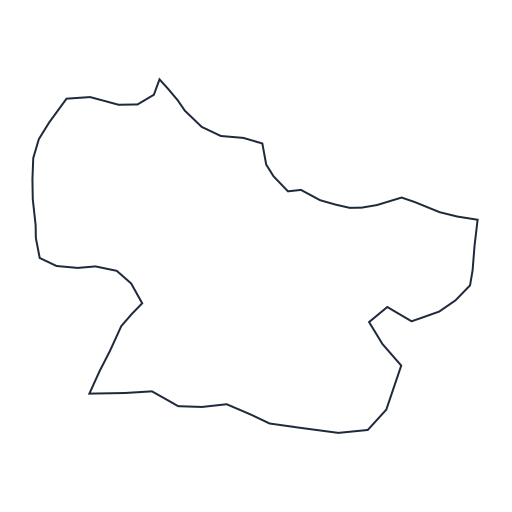 outline of Kiados, Cyprus, rotated 89°
{"feature_id": "46923920B15009716922247", "entity_name": "Kiados", "entity_type": "district", "adm_level": 2, "iso_a3": "CYP", "parent_name": "Cyprus", "parent_adm1": "", "projection": "mercator", "projection_center": [33.604, 35.258], "detail": "fine", "context": "isolated", "style": "outline", "palette": "slate", "viewbox_px": 512, "rotation_deg": 89, "n_neighbors": 0, "source": "geoboundaries", "source_scale": "gbopen_adm2", "svg_char_len": 965}
<svg xmlns="http://www.w3.org/2000/svg" viewBox="0 0 512 512"><g transform="rotate(89 256 256)"><path d="M289.1,42.5L274.2,39.7L249.5,37.3L223.6,33.8L220.1,53.9L215.4,71.6L204.8,96.4L200.1,109.4L207.2,134.3L209.5,149.6L209.5,161.4L206.0,175.6L201.3,191.0L190.7,209.9L191.9,222.9L176.6,237.1L164.8,244.2L143.6,247.7L137.7,266.6L135.4,289.1L126.0,308.0L109.5,324.6L98.9,331.6L87.2,341.1L77.7,349.4L93.0,355.3L102.4,371.8L102.4,390.7L94.2,419.1L95.4,442.7L118.9,460.5L135.4,471.1L154.2,477.0L175.4,478.2L195.4,478.2L221.3,475.8L234.2,475.8L254.2,472.3L262.5,455.7L264.8,434.5L263.6,416.7L268.4,395.5L281.3,381.3L301.3,370.6L311.9,381.3L323.7,391.9L348.4,403.7L368.4,414.4L390.7,425.0L390.7,389.6L389.5,362.4L404.8,336.4L406.0,312.7L403.7,287.9L414.3,264.3L423.7,245.4L428.4,215.8L434.3,176.8L431.9,147.3L411.9,128.4L368.1,112.7L346.1,131.2L324.0,144.1L309.3,125.6L324.0,101.6L314.8,73.9L303.8,57.3L289.1,42.5Z" fill="none" stroke="#1e293b" stroke-width="2"/></g></svg>